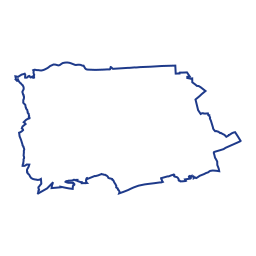 Mosoaia, Arges, Romania (Robinson projection)
{"feature_id": "2599482B7420544870343", "entity_name": "Mosoaia", "entity_type": "district", "adm_level": 2, "iso_a3": "ROU", "parent_name": "Romania", "parent_adm1": "Arges", "projection": "robinson", "projection_center": [24.795, 44.826], "detail": "fine", "context": "isolated", "style": "outline", "palette": "blue", "viewbox_px": 256, "rotation_deg": 0, "n_neighbors": 0, "source": "geoboundaries", "source_scale": "gbopen_adm2", "svg_char_len": 5623}
<svg xmlns="http://www.w3.org/2000/svg" viewBox="0 0 256 256"><path d="M51.6,188.1L60.6,187.3L60.5,186.7L65.2,187.7L68.9,188.4L72.7,188.9L72.9,186.0L74.3,184.8L74.4,184.2L74.0,183.7L73.2,183.6L73.2,182.8L68.4,182.8L67.5,182.6L66.0,182.1L65.5,181.8L65.8,181.4L66.4,181.3L66.9,181.0L67.8,181.1L68.4,180.7L72.3,180.5L73.3,180.0L74.0,179.7L76.1,180.5L76.5,180.5L76.5,179.9L77.4,179.9L77.2,180.7L77.4,181.0L80.9,182.2L81.7,182.1L81.7,183.2L84.9,183.1L85.2,183.2L87.0,183.0L86.3,182.3L86.1,181.7L86.3,181.2L86.0,180.5L86.1,179.8L86.5,178.5L86.8,178.1L87.1,178.0L87.4,178.4L87.5,178.9L94.7,176.0L95.5,176.1L98.1,175.4L101.6,174.0L102.0,174.3L102.8,174.3L104.1,174.8L105.2,174.8L106.0,175.4L106.3,175.4L107.0,175.9L107.9,176.8L108.1,177.3L108.2,177.7L108.4,177.9L109.7,178.4L110.1,178.4L112.2,179.0L112.4,179.4L112.3,179.7L112.4,179.9L112.9,180.0L113.1,180.1L113.5,180.6L113.8,181.5L114.5,182.8L115.4,184.1L116.3,185.9L116.2,187.4L117.8,188.5L117.9,189.6L118.8,190.3L119.6,191.9L119.1,193.4L122.5,192.2L123.1,192.0L128.2,190.0L130.4,188.9L133.5,187.5L137.3,186.1L138.8,185.6L144.7,184.4L147.7,184.0L154.3,183.2L159.3,182.5L161.3,182.4L162.8,181.9L162.0,180.7L161.9,180.0L161.2,178.9L161.1,178.2L167.5,176.4L168.6,176.4L169.4,176.1L171.3,175.3L172.8,174.9L173.7,174.5L174.0,174.6L174.3,175.0L174.0,175.6L174.0,175.9L174.3,176.4L174.8,176.6L176.7,177.1L177.2,177.3L178.0,178.1L178.7,179.3L178.6,180.0L178.7,180.4L179.0,180.7L179.4,180.8L179.9,180.8L180.4,181.4L182.7,181.3L185.7,181.0L185.9,180.9L185.6,180.5L185.0,179.4L189.7,178.7L189.9,178.5L190.5,178.5L190.8,178.2L190.8,177.8L190.4,177.5L189.9,177.4L189.1,177.1L188.9,176.8L188.9,176.5L189.1,176.3L189.9,175.9L190.2,176.1L190.3,176.5L190.5,176.6L191.0,176.5L191.5,176.1L191.5,176.6L193.4,176.3L193.7,176.6L193.7,176.9L193.7,178.2L194.6,177.6L195.0,177.4L195.5,177.6L195.9,178.0L196.1,178.1L196.4,178.0L197.4,177.4L199.7,175.8L200.7,175.4L204.0,174.1L206.1,173.0L208.0,172.4L208.5,172.1L209.3,171.4L210.2,170.9L212.8,170.5L216.6,170.8L219.2,171.2L218.7,168.6L218.1,167.0L217.3,165.0L217.2,161.5L215.8,158.9L215.2,158.0L214.9,157.2L214.4,155.0L213.8,153.0L213.8,152.7L213.9,152.2L215.0,151.7L220.1,150.2L223.6,149.1L225.6,147.8L240.0,141.4L240.6,140.9L237.9,136.5L235.1,132.2L233.4,132.6L231.8,133.3L229.7,134.7L229.1,135.0L228.8,135.0L228.7,135.4L228.4,135.6L226.3,136.8L224.5,134.9L222.5,133.9L220.8,132.9L220.2,133.1L218.4,131.7L217.3,131.5L216.7,131.1L215.1,131.2L214.4,130.3L213.9,129.8L213.3,128.9L213.0,128.0L213.0,127.6L210.9,120.7L209.9,118.5L210.1,117.6L210.0,117.3L209.3,116.1L209.3,115.2L208.3,115.1L207.9,113.4L205.1,113.6L203.7,113.5L203.4,113.3L202.1,113.2L200.7,114.0L198.1,110.1L195.5,99.5L199.6,96.1L201.6,94.2L205.5,91.0L200.6,87.2L198.6,86.0L196.9,85.9L195.3,84.5L192.3,82.3L192.2,78.5L191.6,78.7L191.6,78.8L190.9,78.8L190.7,78.6L190.2,78.6L189.7,78.5L189.3,78.4L187.3,78.0L187.3,77.0L188.5,77.1L188.6,76.7L188.4,76.7L188.5,76.2L189.6,76.3L187.0,72.4L182.6,72.6L179.7,72.6L179.5,72.8L179.5,73.5L175.7,73.6L175.3,65.6L161.8,66.0L150.6,66.7L140.3,67.1L135.8,67.5L134.7,67.4L129.0,67.9L127.4,67.9L113.4,68.8L112.6,68.7L111.4,67.4L111.1,67.2L110.7,67.1L110.1,69.2L109.8,69.4L107.1,69.4L103.9,69.6L95.5,69.9L87.7,69.6L86.6,69.4L85.8,69.0L85.1,68.3L83.6,65.7L82.5,65.7L80.7,64.9L79.0,64.7L77.2,64.8L76.0,65.0L75.1,64.9L71.0,63.3L69.4,62.8L67.3,62.5L65.1,62.6L63.5,62.9L62.6,63.1L60.8,64.3L60.0,64.9L59.0,65.3L58.3,65.4L55.4,64.6L53.5,64.5L50.0,66.1L49.2,66.8L47.6,68.0L45.1,69.3L43.7,69.9L42.7,70.2L41.3,70.5L39.9,70.4L38.3,70.1L36.7,70.1L34.8,69.7L34.2,69.8L33.2,70.2L33.7,71.1L33.5,72.4L33.6,73.2L34.0,74.5L34.2,74.8L34.1,75.2L34.0,75.5L33.6,75.7L33.4,76.0L33.6,76.5L34.1,77.0L34.1,77.6L33.5,77.8L32.9,77.7L32.1,76.7L31.8,76.8L31.4,77.2L30.8,77.5L30.4,77.3L29.7,76.5L29.6,76.1L29.2,75.9L28.1,76.4L27.8,76.8L27.6,77.2L26.8,77.6L25.8,77.7L25.1,77.6L25.1,76.6L25.3,74.8L24.7,73.7L23.6,74.1L21.6,74.6L18.1,76.8L17.0,76.7L16.1,76.4L15.4,76.3L16.0,79.5L15.8,79.6L17.1,80.9L17.3,80.8L17.5,80.6L17.6,80.0L17.6,79.7L17.9,79.3L18.6,80.9L19.8,82.6L20.9,83.4L21.9,84.7L22.6,85.1L23.4,86.7L23.6,87.3L23.7,88.8L23.6,89.3L22.4,91.7L22.4,92.2L22.6,92.7L22.6,92.9L22.9,93.5L22.9,93.9L23.1,94.5L23.6,95.0L23.5,95.4L23.5,95.8L23.9,96.2L24.0,97.0L24.0,97.6L23.8,98.2L23.9,98.8L23.3,99.9L23.3,100.4L23.3,101.4L23.3,101.9L23.2,102.3L23.6,103.3L24.5,104.0L25.3,104.9L25.7,107.4L26.0,107.7L26.1,108.6L26.3,108.9L27.1,109.7L27.3,110.1L27.3,110.8L27.7,111.6L27.6,112.3L27.8,113.0L28.6,113.6L28.7,113.8L28.6,114.3L28.9,115.0L29.1,115.5L28.9,116.2L28.8,117.2L29.3,117.2L29.5,117.4L29.5,117.8L29.5,118.3L27.8,118.9L26.6,119.5L25.9,120.0L23.7,122.2L25.0,123.2L25.6,124.0L22.5,126.5L21.8,128.4L22.7,129.1L23.0,129.6L23.1,130.1L21.8,131.3L20.2,132.3L19.1,132.7L19.6,136.3L21.0,139.8L22.5,144.6L22.6,145.5L23.4,146.5L23.5,146.8L23.4,147.0L23.7,147.6L24.0,148.4L24.2,149.2L24.2,149.6L23.8,150.9L23.9,152.1L23.6,155.7L24.0,156.8L24.1,157.5L24.0,158.5L23.6,159.1L23.5,159.8L23.6,160.5L23.4,162.1L23.2,162.9L23.3,163.4L23.1,163.7L22.7,164.8L22.6,165.9L24.3,165.9L25.4,165.4L25.8,165.1L26.3,164.9L26.8,164.5L29.3,164.6L28.6,166.8L27.2,169.3L27.0,170.0L27.0,171.1L27.1,172.2L27.5,172.3L27.4,172.9L27.9,173.6L29.1,174.6L30.2,176.7L31.1,177.9L31.5,178.2L33.0,179.0L35.1,179.5L36.3,179.6L37.2,179.9L38.9,179.8L39.7,179.6L40.8,179.0L40.8,179.7L41.0,179.7L41.3,183.5L41.2,183.9L41.0,184.1L39.8,185.5L39.2,186.4L38.6,187.0L38.4,187.3L38.4,188.1L38.8,189.0L38.9,189.3L39.1,189.7L39.1,189.9L38.6,190.2L38.5,190.4L38.6,190.7L38.3,191.5L38.4,192.1L37.9,193.3L38.1,193.5L47.1,188.4L53.2,182.2L52.7,183.1L52.5,184.0L52.0,185.1L51.8,186.6L51.8,187.0L51.6,188.1Z" fill="none" stroke="#1e3a8a" stroke-width="2"/></svg>